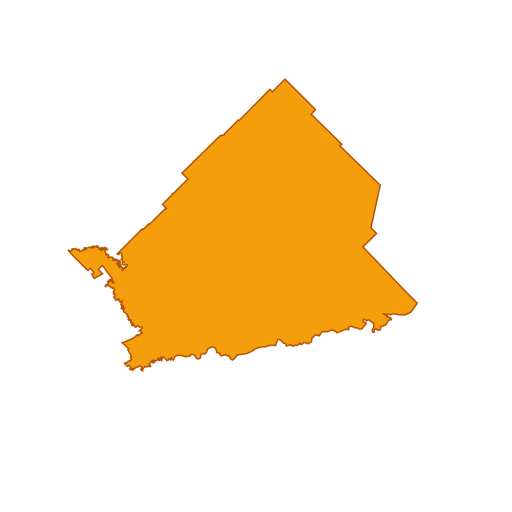 outline of Leales, Tucumán, Argentina, rotated 303°
{"feature_id": "61730980B91056584985438", "entity_name": "Leales", "entity_type": "district", "adm_level": 2, "iso_a3": "ARG", "parent_name": "Argentina", "parent_adm1": "Tucumán", "projection": "mercator", "projection_center": [-65.262, -27.202], "detail": "fine", "context": "isolated", "style": "filled", "palette": "amber", "viewbox_px": 512, "rotation_deg": 303, "n_neighbors": 0, "source": "geoboundaries", "source_scale": "gbopen_adm2", "svg_char_len": 6139}
<svg xmlns="http://www.w3.org/2000/svg" viewBox="0 0 512 512"><g transform="rotate(303 256 256)"><path d="M411.2,226.2L420.1,184.0L402.6,180.3L403.3,176.8L360.3,168.1L360.5,167.1L341.0,163.0L340.4,163.4L337.4,160.5L336.0,160.1L285.1,148.8L283.6,157.0L262.7,152.5L262.6,152.1L262.3,152.4L248.3,149.5L247.1,155.0L246.4,154.9L246.6,154.2L224.6,149.4L224.7,148.6L216.3,146.8L216.5,145.7L182.1,138.5L181.9,139.2L182.8,140.1L184.4,140.1L184.7,142.1L184.2,142.8L183.0,143.1L182.1,144.8L180.4,144.6L179.3,146.3L179.0,148.1L177.5,147.5L176.4,148.8L176.3,149.7L178.3,151.8L178.4,152.9L177.2,153.4L175.9,153.0L175.9,152.5L174.4,152.9L174.5,152.1L173.9,151.6L171.9,152.2L171.5,151.8L171.7,151.0L173.2,151.0L173.6,150.3L173.1,148.4L171.9,147.5L172.6,146.8L173.4,148.1L174.5,148.1L174.9,147.8L174.6,147.0L175.3,146.0L175.0,145.0L174.1,146.3L172.9,145.7L173.9,143.5L175.1,143.8L175.1,144.6L176.2,145.9L176.8,145.5L176.4,144.6L177.4,144.8L178.0,144.4L177.1,143.9L177.4,142.6L176.0,142.4L177.0,141.1L177.1,139.9L176.3,139.1L175.6,140.1L174.9,139.6L174.7,138.0L176.6,137.2L176.8,136.3L175.5,134.0L174.0,133.2L174.0,132.7L176.6,132.0L176.5,131.0L175.6,129.7L176.6,129.6L176.6,128.5L177.4,126.9L178.7,126.6L179.9,127.1L180.3,128.0L180.8,127.9L180.6,126.8L181.2,125.1L180.5,124.6L179.5,125.2L178.6,124.5L179.5,123.5L179.4,122.6L178.7,122.7L177.5,123.6L176.5,123.4L178.3,121.6L178.0,121.2L176.8,121.6L176.1,121.0L177.4,119.6L178.1,117.3L177.6,117.0L176.8,117.6L176.3,115.3L175.1,115.5L173.9,114.3L175.3,114.1L175.3,113.5L173.1,113.2L172.8,111.5L170.5,109.7L169.1,109.6L169.9,108.6L169.3,107.5L168.6,107.7L168.4,108.9L167.7,109.0L167.0,108.5L166.7,107.3L164.5,106.7L163.8,105.8L164.6,105.1L163.8,104.0L164.3,103.6L164.9,104.3L165.2,103.7L164.1,102.9L163.6,101.6L164.2,100.9L162.8,100.6L162.8,99.0L161.7,97.9L160.6,98.7L159.0,97.6L158.9,95.1L157.5,98.3L152.5,121.5L152.4,123.0L155.3,123.5L154.4,128.3L153.3,129.2L151.4,128.1L149.1,132.5L157.5,137.1L158.9,131.1L164.5,132.4L159.8,144.6L159.2,147.5L158.3,147.5L156.0,151.7L155.4,150.8L156.2,148.2L157.3,147.1L157.0,146.6L156.1,146.7L156.0,146.1L154.8,147.2L154.4,147.0L154.5,145.7L153.8,145.6L153.7,146.9L148.7,145.9L148.5,146.6L150.9,147.4L150.7,148.5L151.4,148.8L150.5,151.8L151.1,152.0L150.8,153.7L151.5,153.8L151.0,154.5L150.8,155.9L147.9,156.0L147.6,157.4L146.5,157.2L146.8,158.5L146.0,159.6L143.9,159.1L143.2,161.5L142.4,162.2L142.8,162.8L144.3,163.1L144.9,163.8L145.1,164.8L143.9,164.7L143.4,166.6L143.7,168.0L144.2,168.0L144.4,167.5L145.0,168.1L144.4,168.0L144.3,168.7L141.7,169.0L141.5,170.4L140.2,171.1L140.8,171.5L142.1,171.3L141.2,172.5L140.4,172.2L140.6,173.2L139.8,173.3L139.9,172.8L139.5,172.9L139.4,172.3L138.7,171.8L138.7,172.9L140.1,174.1L137.9,174.5L137.1,175.8L137.4,177.0L136.9,179.2L137.2,180.1L136.8,180.5L135.3,180.7L135.8,182.0L134.7,182.4L134.8,183.0L133.2,183.4L132.9,184.6L133.4,184.8L133.5,185.4L134.4,185.3L134.4,185.6L133.8,186.6L133.1,186.5L132.7,187.3L131.8,187.4L131.8,188.3L132.3,188.6L131.9,189.1L130.5,189.4L130.1,190.1L130.7,190.8L131.9,190.7L131.1,191.3L131.3,192.0L130.6,193.5L131.1,194.1L133.1,194.6L133.0,197.3L134.3,198.4L134.4,199.1L133.8,199.9L129.6,198.7L130.5,200.3L129.6,201.5L129.9,202.0L129.4,202.6L128.5,201.4L128.2,201.9L126.4,201.2L125.7,200.4L125.0,200.4L124.8,200.0L125.5,199.6L124.7,199.0L122.0,198.5L119.3,197.3L118.5,196.5L117.1,196.2L116.0,194.8L114.2,193.6L113.7,193.8L110.5,190.9L108.8,199.9L107.5,199.6L104.0,206.2L102.7,205.8L101.6,208.1L101.2,208.2L99.7,207.0L99.1,207.2L98.2,206.2L96.0,205.7L95.2,204.4L94.2,204.2L93.4,207.9L95.1,209.1L94.4,211.8L94.0,213.2L93.1,212.3L92.4,211.7L91.9,213.2L92.4,212.3L93.0,212.3L93.4,213.4L93.0,215.0L95.0,214.7L95.3,215.5L96.5,215.7L100.6,218.7L100.9,220.4L99.1,221.3L98.2,221.2L97.7,222.5L98.1,223.5L98.8,223.2L99.5,222.0L100.3,222.7L102.7,222.9L103.4,224.8L105.1,225.8L105.0,226.6L105.8,227.7L106.5,227.5L106.3,226.6L107.2,225.5L108.3,225.8L109.8,225.4L112.5,226.4L113.0,227.2L112.6,227.9L111.9,227.0L111.0,227.3L110.5,226.7L110.1,227.4L110.9,228.5L112.3,228.6L114.9,229.7L116.9,229.7L116.7,230.8L115.4,231.2L115.8,231.8L117.1,232.1L116.9,233.7L117.9,233.2L117.8,231.9L118.5,231.0L119.1,231.2L119.3,232.1L118.7,233.2L120.3,232.6L121.2,232.8L119.8,238.4L121.0,239.1L122.9,239.1L123.2,239.8L122.3,240.7L122.4,241.1L124.6,240.6L123.5,243.1L125.6,243.2L127.0,242.7L130.0,244.0L131.8,247.1L132.8,250.7L133.9,252.8L136.3,255.2L137.3,255.0L138.6,255.7L139.2,256.9L139.2,258.6L137.7,262.3L138.4,263.9L139.9,264.8L143.8,263.5L145.0,264.3L145.9,266.3L146.6,266.7L148.5,266.9L151.6,266.1L155.6,268.3L156.5,269.6L156.6,271.4L155.5,274.1L153.6,275.5L154.7,278.6L153.5,279.5L153.2,280.5L153.9,281.9L156.7,283.9L156.3,285.1L157.3,286.8L157.0,289.3L155.9,290.4L155.8,292.9L158.1,293.8L162.8,294.2L169.5,301.7L174.0,304.5L176.9,305.6L180.6,308.1L183.2,310.7L185.2,313.7L186.5,314.3L190.3,318.4L191.5,321.2L195.5,320.1L197.4,320.0L198.3,320.4L198.9,322.5L198.0,326.5L198.6,328.2L198.2,329.4L197.1,330.1L197.1,330.6L200.0,332.8L200.7,335.5L200.3,336.0L202.9,337.8L203.2,339.0L204.7,339.9L206.8,340.2L206.2,341.8L207.8,343.0L209.4,343.0L210.4,345.5L210.4,347.1L214.3,349.3L217.4,347.8L221.6,348.5L223.6,350.6L222.8,350.9L223.8,352.7L226.3,352.4L228.8,352.9L231.4,357.3L234.6,359.3L235.7,361.0L236.1,363.9L235.6,365.5L236.0,366.0L243.3,371.1L244.7,373.8L245.5,373.6L246.0,372.5L246.7,372.3L249.0,373.9L249.6,377.9L250.9,380.1L251.0,382.7L252.1,384.1L253.4,384.7L254.9,384.5L259.0,385.4L260.0,384.3L259.7,384.3L259.4,382.3L259.7,381.3L260.7,380.6L261.7,381.0L262.2,383.9L263.9,385.6L263.7,391.0L261.0,393.3L257.1,393.8L255.8,395.0L255.8,395.8L256.4,396.4L258.3,395.5L260.1,395.8L260.6,396.6L259.9,398.2L261.3,400.3L262.5,400.3L264.8,399.1L268.0,401.9L269.0,401.9L269.6,402.5L273.4,402.0L274.3,402.6L275.6,402.6L276.0,403.4L275.8,404.0L276.6,404.3L277.4,402.6L277.2,400.6L276.7,400.7L276.5,400.2L276.6,398.8L277.3,398.6L276.7,393.2L277.8,396.8L279.4,399.1L279.9,400.8L281.4,401.7L283.2,403.9L284.5,407.9L287.4,412.6L290.7,415.0L293.4,416.4L295.4,416.7L304.3,416.9L308.2,398.6L321.9,340.7L340.6,344.8L342.2,337.1L383.0,321.6L394.1,266.1L396.4,267.2L404.9,225.1L411.2,226.2Z" fill="#f59e0b" stroke="#b45309" stroke-width="1.5"/></g></svg>